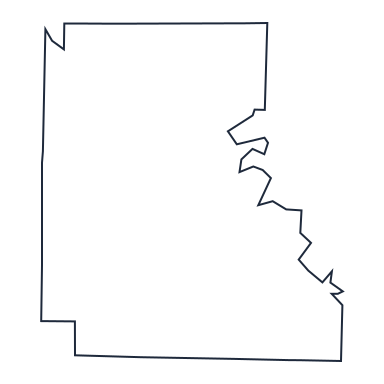 the district of Marion, Arkansas, United States of America
{"feature_id": "52423323B60870654888201", "entity_name": "Marion", "entity_type": "district", "adm_level": 2, "iso_a3": "USA", "parent_name": "United States of America", "parent_adm1": "Arkansas", "projection": "natural_earth1", "projection_center": [-92.599, 36.281], "detail": "fine", "context": "isolated", "style": "outline", "palette": "slate", "viewbox_px": 384, "rotation_deg": 0, "n_neighbors": 0, "source": "geoboundaries", "source_scale": "gbopen_adm2", "svg_char_len": 706}
<svg xmlns="http://www.w3.org/2000/svg" viewBox="0 0 384 384"><path d="M341.0,361.0L342.4,305.2L331.7,293.8L337.8,293.8L342.8,291.4L330.4,282.6L331.9,271.3L322.4,282.4L308.3,270.6L298.7,259.6L311.0,242.9L300.3,232.9L301.5,210.4L286.2,209.4L272.7,201.2L258.3,205.2L270.9,178.1L262.7,170.0L253.3,166.5L239.5,172.1L241.4,159.4L252.5,148.9L264.3,154.2L268.0,142.8L264.5,137.7L236.8,144.3L227.9,131.3L252.7,115.4L254.6,109.6L264.8,109.9L267.3,23.0L245.4,23.3L115.4,23.7L74.0,23.5L73.8,23.5L64.3,23.5L63.9,49.4L52.1,40.8L45.4,29.2L42.9,151.3L42.0,162.7L42.0,265.1L41.2,321.1L74.9,321.4L75.0,355.3L140.9,357.2L234.6,358.9L288.1,360.1L300.2,360.2L341.0,361.0Z" fill="none" stroke="#1e293b" stroke-width="2"/></svg>